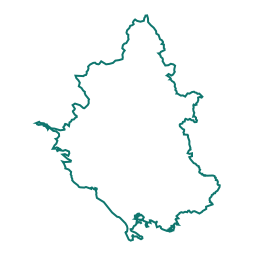 the district of Ipeiroy, Ipeiros, Greece
{"feature_id": "26713481B784345685192", "entity_name": "Ipeiroy", "entity_type": "district", "adm_level": 2, "iso_a3": "GRC", "parent_name": "Greece", "parent_adm1": "Ipeiros", "projection": "robinson", "projection_center": [20.637, 39.661], "detail": "fine", "context": "isolated", "style": "outline", "palette": "teal", "viewbox_px": 256, "rotation_deg": 0, "n_neighbors": 0, "source": "geoboundaries", "source_scale": "gbopen_adm2", "svg_char_len": 5856}
<svg xmlns="http://www.w3.org/2000/svg" viewBox="0 0 256 256"><path d="M135.1,19.5L133.8,20.7L132.9,22.4L133.7,24.1L132.5,25.1L130.2,25.8L129.4,28.0L127.1,30.3L126.5,32.7L127.0,33.9L128.3,34.7L128.2,37.9L128.6,39.2L126.3,43.1L124.3,43.7L122.9,45.2L122.3,48.3L124.7,50.5L123.4,52.2L122.4,54.7L122.8,57.4L122.5,59.1L119.1,60.1L115.4,60.6L113.0,62.9L109.3,63.9L106.1,64.3L101.2,61.3L99.3,63.9L98.4,64.3L96.4,63.9L95.1,62.7L93.2,62.9L90.0,64.6L88.1,66.6L88.5,68.4L87.9,70.4L86.6,71.8L86.8,73.1L86.1,74.9L84.3,75.3L83.5,76.1L75.5,75.7L76.4,78.2L78.4,80.3L79.8,82.7L78.8,86.3L81.5,88.0L83.2,90.6L84.9,91.9L84.7,93.0L85.5,95.0L89.0,99.3L88.6,100.3L88.7,103.3L87.7,105.1L84.4,108.2L83.4,108.1L80.0,105.2L75.0,103.6L72.6,105.1L74.9,108.8L74.3,109.9L72.9,111.1L72.9,111.7L74.8,114.7L76.7,116.0L76.7,117.1L75.4,117.6L73.9,119.4L71.8,119.8L71.1,121.4L69.5,122.4L69.0,126.0L66.8,124.3L65.2,123.9L64.8,124.4L65.0,125.1L63.3,127.2L64.6,129.2L64.5,129.7L60.2,130.3L54.5,128.6L51.3,128.4L47.7,125.7L46.8,124.4L45.6,124.6L43.9,123.3L40.2,123.0L39.2,121.8L36.3,123.0L37.7,123.2L37.8,124.1L37.5,123.4L37.1,123.5L37.1,124.3L38.5,124.9L43.0,124.3L43.6,125.8L45.9,126.3L48.3,127.6L47.9,128.4L47.8,127.5L46.5,127.4L48.0,129.2L48.9,127.9L49.8,128.0L53.3,130.9L56.1,131.3L58.6,133.3L59.0,133.9L59.1,136.2L57.0,138.6L55.7,138.9L57.4,140.7L56.3,143.7L54.6,145.3L52.7,148.8L54.7,148.7L55.5,148.3L54.2,148.5L56.8,147.4L58.1,148.5L58.1,147.9L58.4,148.0L58.5,148.6L60.2,149.1L61.1,150.0L56.9,150.0L57.4,151.0L59.1,150.1L63.1,150.8L65.4,150.0L69.0,151.5L69.3,153.3L68.3,155.8L64.9,154.1L62.5,154.5L67.5,158.8L70.9,160.6L70.6,161.7L64.2,162.1L62.6,161.6L64.0,163.7L65.5,167.3L65.3,168.4L68.7,169.5L71.1,171.9L70.7,174.5L71.6,175.9L71.4,176.9L72.3,179.0L72.2,180.3L74.0,182.3L78.0,185.4L78.8,186.8L80.0,187.3L84.3,187.6L86.0,187.0L91.0,188.8L91.0,187.9L91.9,187.5L93.7,189.0L94.9,189.5L95.2,188.0L96.7,188.5L96.8,189.1L95.9,190.7L96.5,193.1L96.2,194.3L96.9,197.9L103.8,202.1L112.1,212.5L117.2,216.8L118.7,217.0L120.0,217.8L125.4,223.3L127.0,226.1L127.5,228.4L127.1,231.4L126.7,231.9L125.8,232.0L125.5,232.5L128.8,239.6L130.7,240.6L132.9,239.8L132.7,238.1L133.0,236.8L132.3,236.1L133.1,234.5L133.0,235.8L132.5,236.1L133.1,236.5L136.8,236.4L137.9,237.6L141.0,239.2L142.4,238.4L142.2,236.9L141.2,236.3L139.7,236.2L138.8,235.1L135.6,232.7L131.4,231.0L130.7,229.8L130.6,229.2L132.6,228.9L133.9,226.1L135.4,225.3L137.3,222.7L139.4,222.3L140.8,222.8L141.5,223.8L140.8,222.6L139.6,222.2L138.5,222.0L136.5,222.6L136.9,220.2L138.6,219.5L134.8,218.9L137.2,217.6L137.1,216.8L136.3,216.4L134.9,216.7L134.9,215.6L135.8,215.4L136.5,216.4L137.6,216.9L138.4,216.3L138.3,215.3L137.9,214.8L137.4,215.5L137.1,215.6L136.5,215.0L137.2,215.5L137.8,214.7L139.0,215.7L140.2,215.4L138.2,214.6L137.4,214.7L137.1,214.3L137.7,213.8L139.0,213.6L139.5,214.6L141.2,214.8L143.5,216.8L143.8,217.4L142.8,219.0L141.7,219.7L140.1,219.7L140.1,220.1L141.5,220.4L143.1,220.1L143.9,221.0L146.6,222.0L145.6,224.8L146.2,225.2L146.0,225.9L146.5,226.9L148.0,226.5L146.8,225.2L147.3,222.9L149.0,222.3L150.5,222.9L149.9,220.3L150.9,220.3L155.2,222.7L157.5,221.3L156.4,222.3L156.0,224.2L156.9,227.2L159.7,226.1L160.8,226.9L160.9,228.1L162.1,229.1L167.2,231.0L168.0,230.8L169.6,231.6L171.3,231.2L171.7,231.0L168.9,229.4L169.6,229.2L171.0,230.3L172.9,230.5L173.2,230.0L170.3,228.9L169.9,228.3L171.7,227.5L172.2,226.9L171.7,226.3L171.4,226.6L171.4,225.9L173.2,225.8L174.0,228.2L174.3,227.1L173.8,224.8L174.7,223.6L177.4,223.8L178.2,224.6L176.4,224.3L176.0,224.4L178.4,224.7L178.1,223.6L176.7,222.2L177.0,221.7L175.6,219.3L176.0,218.8L178.4,218.4L176.5,216.1L179.5,213.5L179.6,213.0L181.3,212.2L183.1,212.7L185.1,211.8L187.3,212.2L188.1,210.8L189.1,210.6L190.5,212.4L191.4,212.7L193.0,211.4L194.6,211.2L199.4,213.5L201.9,212.0L202.7,211.0L206.2,209.0L206.1,206.7L212.6,204.4L212.3,203.6L211.5,203.6L211.3,202.6L210.0,202.0L210.3,201.3L209.6,200.4L209.7,198.3L211.5,196.5L211.8,195.0L213.2,194.4L213.7,193.3L215.1,193.2L215.6,191.9L217.5,190.7L219.5,187.2L219.7,185.3L217.9,184.8L217.5,184.0L217.9,181.9L217.2,180.3L216.0,180.1L216.3,179.4L215.4,178.5L215.7,177.6L214.9,177.2L214.6,176.1L212.9,175.5L206.7,175.7L205.2,175.2L205.0,175.8L203.8,175.6L203.4,174.9L202.2,174.6L202.2,173.9L201.6,174.0L199.4,172.5L199.2,171.8L200.1,169.7L199.6,169.4L199.3,167.5L198.7,167.1L198.8,166.3L196.8,165.3L195.6,163.8L193.7,163.1L190.3,159.0L189.3,157.1L192.0,156.2L192.0,153.3L189.6,153.9L187.6,153.2L188.8,150.6L190.5,149.6L190.1,148.9L190.5,148.1L189.3,144.4L189.4,141.1L187.9,136.9L188.1,135.9L187.6,134.8L183.9,134.5L183.9,133.4L183.4,132.4L184.1,131.2L184.1,129.6L182.7,129.0L179.9,126.3L179.7,124.8L180.1,124.1L182.4,123.5L182.9,121.9L184.7,121.5L185.1,119.3L185.7,118.8L187.8,119.8L188.9,119.6L189.5,118.9L190.3,119.0L191.4,120.2L193.5,120.3L193.8,121.5L194.7,122.2L196.5,122.0L197.0,120.3L196.0,119.6L196.0,117.7L194.5,116.3L193.2,116.6L194.3,112.8L193.5,111.1L193.2,108.7L193.7,107.9L193.3,105.2L193.8,104.5L194.9,105.2L196.5,104.7L196.1,103.5L197.5,102.2L198.3,100.1L198.1,97.6L199.6,97.0L201.6,97.6L202.4,96.7L199.3,93.6L197.4,93.8L196.6,92.8L195.0,92.5L194.0,91.7L191.9,92.1L189.6,93.6L187.5,93.4L185.2,96.6L182.9,95.4L180.8,95.6L177.3,93.5L176.5,93.5L176.8,92.7L176.5,91.2L175.3,89.9L175.8,88.7L174.7,86.4L175.0,84.4L174.0,82.3L171.9,81.0L170.5,79.3L170.0,79.3L170.7,78.6L169.9,77.4L167.7,76.1L167.8,75.4L167.1,75.3L168.6,74.0L171.5,75.5L173.0,74.6L174.8,71.8L174.3,71.0L174.3,69.1L175.1,65.7L173.4,64.4L170.8,63.8L168.4,65.2L165.3,65.5L162.6,61.2L162.9,59.7L162.6,58.4L160.7,56.8L160.5,55.4L158.5,53.4L160.0,53.2L160.9,51.8L164.6,50.1L164.5,48.7L163.8,48.0L163.9,44.6L161.7,44.0L163.0,42.6L162.9,41.7L161.7,40.1L160.0,39.3L158.6,35.0L156.3,33.6L156.1,31.1L153.7,27.7L150.8,25.2L148.1,22.1L148.0,18.5L147.1,15.4L145.5,15.6L145.2,16.8L144.4,17.9L143.8,20.8L140.4,21.7L137.1,20.9L135.1,19.5Z" fill="none" stroke="#0f766e" stroke-width="2"/></svg>